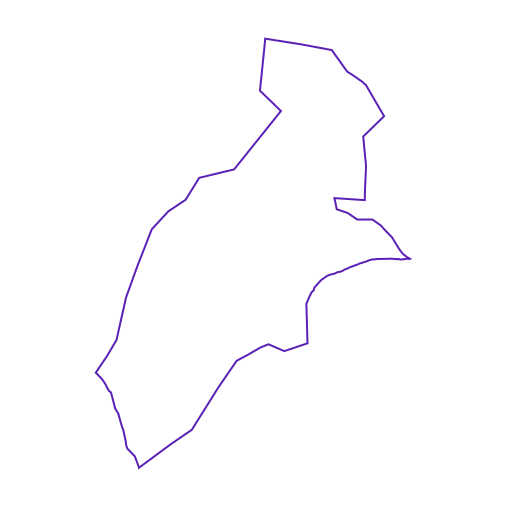 Ulaanbadrax, Dornogovi, Mongolia, rotated 93°
{"feature_id": "93677404B39567597499991", "entity_name": "Ulaanbadrax", "entity_type": "district", "adm_level": 2, "iso_a3": "MNG", "parent_name": "Mongolia", "parent_adm1": "Dornogovi", "projection": "robinson", "projection_center": [110.399, 43.942], "detail": "fine", "context": "isolated", "style": "outline", "palette": "violet", "viewbox_px": 512, "rotation_deg": 93, "n_neighbors": 0, "source": "geoboundaries", "source_scale": "gbopen_adm2", "svg_char_len": 1938}
<svg xmlns="http://www.w3.org/2000/svg" viewBox="0 0 512 512"><g transform="rotate(93 256 256)"><path d="M250.7,102.1L249.3,105.1L248.2,106.5L246.7,108.8L245.4,110.1L243.6,111.8L240.6,114.0L230.1,121.3L223.0,129.0L219.1,132.8L213.5,141.6L214.3,156.8L208.3,166.6L205.1,177.8L194.1,180.7L194.5,150.3L186.0,150.6L174.3,150.7L160.5,150.8L131.1,155.2L109.7,135.4L79.6,155.1L79.3,155.5L78.2,157.0L77.4,157.9L77.0,158.3L76.6,158.7L73.4,163.9L71.9,166.3L69.5,170.2L67.1,174.6L46.4,191.1L42.3,221.8L38.5,258.2L48.5,258.6L90.7,260.7L109.9,238.7L170.7,282.4L174.1,294.0L180.9,316.8L203.5,329.2L216.0,345.9L234.8,361.5L272.5,374.0L304.6,383.7L347.2,390.9L363.8,399.6L380.9,409.9L386.8,403.5L388.5,402.2L392.0,399.6L392.7,399.2L394.0,398.5L395.3,397.8L395.5,397.7L397.4,396.5L398.8,395.3L399.8,393.7L404.4,392.2L415.8,388.6L420.5,385.3L430.7,381.9L437.2,379.3L443.8,377.5L448.2,376.3L450.9,375.9L451.6,375.8L454.0,374.9L455.5,374.0L456.6,372.7L462.4,366.5L471.0,362.8L471.4,362.6L473.4,361.7L473.5,361.7L448.2,331.0L432.9,311.0L389.2,286.7L361.6,269.8L355.1,259.0L347.1,246.7L343.5,238.9L349.5,222.8L340.5,200.0L301.0,203.2L299.2,202.5L297.2,201.7L293.1,200.3L291.9,199.6L291.3,199.4L290.2,199.0L289.6,198.8L289.2,198.4L288.3,197.7L287.4,196.7L287.1,196.5L286.6,196.5L284.6,196.1L283.7,195.4L281.8,193.9L279.5,192.0L277.6,190.5L275.8,188.7L273.1,185.1L272.4,184.4L271.9,183.4L270.9,181.4L269.4,176.4L268.0,174.0L267.5,171.7L266.5,169.1L264.9,166.8L263.5,163.6L262.6,162.2L261.0,158.5L259.4,154.8L259.1,153.8L257.8,151.7L257.6,150.6L256.9,148.8L256.3,147.5L256.1,146.5L255.6,145.5L254.6,143.4L253.9,141.5L253.2,139.5L253.3,138.2L252.8,135.8L252.5,133.2L252.4,131.3L252.2,127.8L251.9,125.2L251.9,123.5L251.7,122.4L251.6,120.4L251.6,118.9L251.8,117.6L251.6,116.2L251.7,115.4L251.9,114.4L251.7,113.8L251.5,113.1L251.7,112.5L252.0,111.9L251.9,110.7L251.3,107.1L250.7,104.1L251.0,102.8L250.7,102.1Z" fill="none" stroke="#5b21b6" stroke-width="2"/></g></svg>